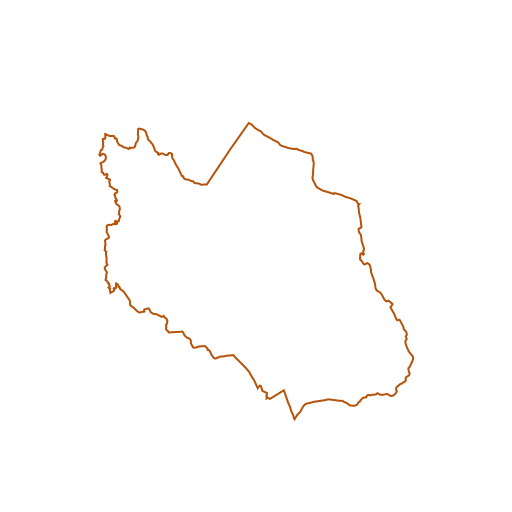 the district of Blantyre, Blantyre, Malawi, rotated 123°
{"feature_id": "42251766B636776762176", "entity_name": "Blantyre", "entity_type": "district", "adm_level": 2, "iso_a3": "MWI", "parent_name": "Malawi", "parent_adm1": "Blantyre", "projection": "orthographic", "projection_center": [34.952, -15.681], "detail": "fine", "context": "isolated", "style": "outline", "palette": "amber", "viewbox_px": 512, "rotation_deg": 123, "n_neighbors": 0, "source": "geoboundaries", "source_scale": "gbopen_adm2", "svg_char_len": 6105}
<svg xmlns="http://www.w3.org/2000/svg" viewBox="0 0 512 512"><g transform="rotate(123 256 256)"><path d="M284.6,65.2L283.3,64.0L282.3,63.9L280.0,62.6L278.3,62.8L277.1,63.9L276.6,64.1L275.5,63.9L272.9,62.7L271.9,62.8L270.9,63.2L268.9,65.8L267.1,67.1L265.5,66.7L259.2,67.6L257.0,68.1L255.6,68.9L254.7,70.2L253.0,75.5L250.1,80.2L247.6,83.2L245.9,84.5L243.8,84.3L243.4,84.5L242.0,86.5L241.0,86.7L240.0,86.5L238.3,88.1L237.5,89.6L236.9,92.2L234.9,94.2L231.5,100.4L231.4,100.9L231.6,101.4L232.9,102.3L232.9,103.3L229.5,108.3L225.8,115.3L224.7,115.5L222.6,115.0L222.1,115.2L221.8,115.6L221.3,120.2L221.4,120.7L222.9,121.7L223.0,122.7L222.7,124.4L219.5,130.3L219.0,131.9L219.2,135.7L218.8,136.8L217.9,138.2L214.5,141.1L211.0,145.2L207.1,150.5L205.8,151.6L205.0,152.0L201.8,155.4L201.4,156.4L201.2,158.6L201.4,159.0L203.4,159.9L204.1,160.7L204.1,161.3L202.6,164.7L202.2,166.9L197.6,169.6L197.0,169.5L196.3,168.8L196.5,166.7L195.7,166.5L194.0,168.6L192.3,168.8L190.8,169.6L186.0,175.5L181.8,178.9L181.1,179.7L180.0,182.4L178.9,183.7L177.5,184.6L177.0,184.7L175.3,183.4L174.8,183.2L174.2,183.4L167.4,189.1L163.4,193.3L159.3,196.5L158.4,197.7L156.3,197.7L156.6,198.1L156.5,199.2L155.1,201.6L156.3,208.9L157.7,213.2L158.1,217.1L159.6,221.9L160.7,224.7L161.7,224.7L162.6,228.4L164.9,236.0L165.2,242.0L164.8,243.4L161.2,249.6L159.8,251.2L156.2,252.8L152.4,255.1L147.5,257.6L145.3,259.3L144.6,260.8L144.1,260.9L141.5,262.9L140.1,265.6L142.5,272.2L142.7,274.5L144.0,278.3L143.7,279.9L145.8,282.8L146.9,285.3L147.8,287.6L149.8,295.3L149.8,295.9L148.6,299.6L149.3,304.0L149.4,309.1L150.0,315.0L149.7,317.1L148.8,319.7L149.2,322.4L149.2,326.6L148.1,331.6L148.5,334.5L180.3,335.7L222.8,336.2L223.8,337.8L225.9,340.4L226.3,341.4L226.2,343.0L228.1,346.9L228.2,347.5L227.6,349.5L228.4,350.9L228.8,354.2L230.1,357.1L230.2,358.8L228.8,360.4L229.3,361.3L228.9,362.3L224.9,368.9L223.0,372.9L220.4,377.1L219.4,379.6L217.8,381.0L216.3,381.7L216.1,382.8L216.3,383.8L217.2,385.2L218.2,385.4L219.2,385.1L219.7,385.4L220.7,387.4L220.9,389.9L221.3,390.9L222.1,391.7L224.0,392.5L224.1,393.6L222.7,394.3L223.0,396.4L222.9,397.5L218.8,403.2L218.1,405.8L217.4,407.3L217.3,408.9L217.0,409.9L216.4,410.8L215.1,411.7L214.4,413.2L212.2,415.6L211.6,417.0L211.4,419.2L212.7,423.3L213.8,424.0L216.6,422.2L218.2,421.5L220.1,419.5L223.9,418.0L226.7,418.3L228.8,417.5L230.7,417.1L231.8,417.7L233.4,419.8L234.9,420.7L234.7,420.9L235.3,420.9L235.7,421.6L235.9,423.9L236.9,425.8L236.8,428.6L237.4,431.4L235.7,434.8L234.1,436.0L233.6,437.3L234.2,437.9L234.2,438.4L232.8,440.2L233.2,441.6L234.8,443.5L235.3,445.0L235.8,448.4L235.2,449.4L238.6,446.9L239.7,446.5L240.4,446.9L240.9,448.1L241.4,448.2L243.4,446.7L244.0,445.9L245.9,445.1L246.9,443.8L248.5,443.7L250.4,442.9L251.7,443.7L252.3,443.7L253.2,443.2L256.3,442.6L256.7,442.3L256.8,441.3L254.1,440.4L253.7,440.1L253.3,439.1L253.4,437.5L254.8,435.8L256.7,434.8L258.3,434.8L260.4,435.4L262.7,436.9L263.2,436.8L264.2,435.0L266.4,433.6L267.5,432.3L269.4,431.4L269.7,431.0L269.5,429.4L270.5,428.2L270.6,427.6L270.0,426.8L268.6,426.1L268.4,425.6L269.5,424.4L272.2,424.2L271.6,421.6L271.5,420.0L271.9,419.7L273.0,419.9L273.5,419.7L275.3,417.8L277.1,416.7L276.8,414.8L277.1,413.8L277.0,410.1L276.3,408.6L277.4,407.5L278.1,407.1L280.4,408.3L281.5,408.2L281.9,407.9L282.2,406.9L283.9,405.6L284.9,403.1L285.3,402.7L285.8,402.8L286.0,403.8L286.5,404.1L286.9,403.8L288.4,401.6L288.6,398.2L289.0,397.2L291.1,395.6L292.7,395.3L294.5,394.2L295.5,394.0L296.6,391.4L300.2,390.7L301.6,390.0L303.1,391.8L303.2,392.3L303.0,392.8L303.8,393.1L304.3,393.0L305.0,392.0L305.1,391.5L304.2,390.8L304.3,390.2L304.8,390.2L306.0,391.2L306.3,392.2L307.1,392.9L307.1,393.4L308.9,394.3L309.8,396.2L311.5,397.5L312.5,397.4L313.1,396.8L314.0,396.4L314.7,395.6L316.7,394.7L318.0,393.1L319.3,390.7L320.3,389.5L321.4,389.5L324.1,391.1L325.6,390.9L327.9,388.7L328.5,388.7L329.2,388.0L330.3,387.9L332.0,386.6L333.6,386.1L333.9,384.0L335.6,383.3L339.6,379.8L343.3,377.6L344.3,375.8L346.8,376.6L348.0,376.5L348.7,376.2L349.2,375.8L350.9,372.1L351.8,371.7L352.9,371.6L353.9,371.2L355.5,369.9L358.0,369.2L358.4,366.5L359.4,365.2L359.5,364.7L359.1,364.4L359.3,363.9L360.2,363.4L360.9,362.6L361.0,362.1L361.4,361.8L362.0,361.8L362.8,362.5L363.0,362.1L363.0,360.5L364.0,360.1L366.2,358.1L363.4,356.5L362.3,356.2L361.8,356.5L360.8,357.7L360.2,357.6L359.6,356.1L359.1,356.1L358.0,356.3L357.0,357.5L356.5,357.5L355.7,358.2L355.1,358.4L355.0,358.1L355.3,356.2L356.1,354.8L356.7,354.2L356.8,354.0L356.4,353.6L357.7,351.9L357.7,349.2L358.1,347.2L362.0,337.7L365.8,334.6L366.1,330.3L367.0,325.2L367.0,323.2L363.4,319.4L363.0,320.0L361.7,320.6L359.3,318.5L358.4,317.2L360.4,313.9L360.5,310.8L358.9,307.3L358.5,302.1L356.5,300.9L357.4,299.0L357.3,297.0L358.5,295.2L359.4,294.6L362.1,293.7L362.7,293.9L363.6,293.5L364.3,292.5L366.0,291.9L367.0,290.2L367.0,288.8L367.6,287.5L359.5,276.5L359.5,275.9L361.5,272.7L362.0,270.1L362.0,269.0L361.5,266.9L361.9,265.4L362.7,264.4L364.9,262.9L365.7,261.0L366.9,259.2L366.7,258.2L365.8,256.8L362.9,254.5L359.3,249.7L359.7,248.2L359.8,246.6L361.0,245.6L361.1,245.1L360.7,244.8L360.6,244.3L361.0,242.7L363.4,239.1L363.4,238.5L364.3,236.5L364.4,234.8L363.9,233.9L362.5,233.3L361.8,232.3L360.3,231.7L359.5,230.8L357.6,228.1L355.6,226.3L353.3,223.2L351.8,221.6L351.5,220.5L351.8,220.4L355.3,204.2L357.0,198.2L358.0,196.9L361.2,190.0L365.9,182.6L365.0,182.7L363.4,182.2L362.6,182.2L362.4,181.5L362.9,180.5L365.7,177.1L364.9,172.2L367.3,170.9L367.9,171.0L368.3,170.1L369.8,169.6L368.5,168.6L368.2,167.6L368.3,166.5L353.5,159.5L362.2,148.2L364.0,145.3L367.0,141.8L369.1,138.3L371.4,135.8L371.9,134.8L366.8,134.9L362.3,134.0L356.8,134.5L354.1,134.2L352.5,133.4L348.9,129.9L347.0,128.3L339.3,119.6L336.8,117.3L331.6,106.4L330.3,104.6L330.4,102.5L329.9,99.9L330.2,96.0L328.0,91.8L325.2,90.1L323.5,90.5L322.0,90.0L321.6,89.6L320.0,89.8L316.8,89.1L315.6,88.0L314.6,86.6L312.7,86.9L311.3,86.1L310.2,83.6L308.8,82.9L308.1,81.3L306.4,79.9L304.9,79.4L304.6,76.1L303.5,74.2L300.3,71.0L300.0,66.6L298.4,65.0L295.7,64.1L292.9,64.1L292.0,65.5L291.1,66.2L290.0,66.6L288.8,66.5L284.6,65.2Z" fill="none" stroke="#b45309" stroke-width="2"/></g></svg>